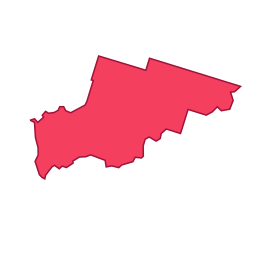 outline of Deer Lodge, Montana, United States of America, rotated 17°
{"feature_id": "52423323B11224737758851", "entity_name": "Deer Lodge", "entity_type": "district", "adm_level": 2, "iso_a3": "USA", "parent_name": "United States of America", "parent_adm1": "Montana", "projection": "mercator", "projection_center": [-113.129, 46.012], "detail": "fine", "context": "isolated", "style": "filled", "palette": "rose", "viewbox_px": 256, "rotation_deg": 17, "n_neighbors": 0, "source": "geoboundaries", "source_scale": "gbopen_adm2", "svg_char_len": 946}
<svg xmlns="http://www.w3.org/2000/svg" viewBox="0 0 256 256"><g transform="rotate(17 128 128)"><path d="M118.5,171.6L123.5,169.0L130.8,168.6L132.8,165.2L142.5,158.8L143.5,153.9L149.7,152.7L150.9,150.5L147.8,140.8L147.7,133.7L150.9,130.4L158.7,132.3L161.9,128.7L161.4,123.6L164.9,117.8L179.8,117.9L179.9,112.4L180.0,92.7L199.1,92.8L204.0,87.8L207.2,81.6L212.2,84.2L219.8,80.3L220.5,70.9L215.6,63.7L219.3,62.2L223.5,55.3L128.2,55.0L128.2,67.6L78.9,67.7L78.8,92.8L80.9,92.7L80.9,114.7L80.2,118.7L68.7,130.2L63.4,129.7L60.2,126.4L56.5,127.6L56.0,131.6L52.9,134.7L47.8,137.1L44.3,136.2L42.3,140.9L44.1,142.5L40.0,149.0L36.0,146.5L32.5,148.9L32.8,149.3L36.9,150.0L42.4,164.4L47.7,173.0L50.0,180.1L48.9,187.1L56.9,198.5L60.3,200.4L63.3,201.0L63.0,197.2L66.6,187.5L68.7,185.2L74.2,187.1L76.2,183.7L80.7,183.8L85.8,177.6L84.8,175.9L90.0,170.0L96.3,167.7L100.1,164.6L115.6,165.6L118.5,171.6Z" fill="#f43f5e" stroke="#9f1239" stroke-width="1.5"/></g></svg>